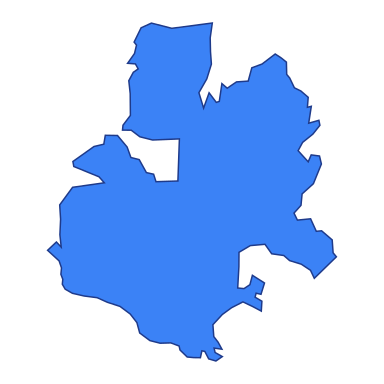 Kasan, Kashkadarya, Uzbekistan (Albers equal-area conic projection)
{"feature_id": "79887680B27619716135754", "entity_name": "Kasan", "entity_type": "district", "adm_level": 2, "iso_a3": "UZB", "parent_name": "Uzbekistan", "parent_adm1": "Kashkadarya", "projection": "albers", "projection_center": [65.779, 39.126], "detail": "fine", "context": "isolated", "style": "filled", "palette": "blue", "viewbox_px": 384, "rotation_deg": 0, "n_neighbors": 0, "source": "geoboundaries", "source_scale": "gbopen_adm2", "svg_char_len": 1831}
<svg xmlns="http://www.w3.org/2000/svg" viewBox="0 0 384 384"><path d="M107.4,302.3L120.0,306.4L130.2,314.0L136.9,322.6L139.7,333.0L149.9,340.6L160.1,343.2L170.8,342.9L179.1,346.0L180.0,350.0L187.2,357.0L193.6,357.6L200.4,357.7L201.9,350.8L204.8,351.4L208.7,358.9L215.9,361.0L222.3,356.6L215.1,352.5L214.1,348.1L221.9,349.2L218.1,342.2L213.8,336.6L212.9,324.7L222.3,314.5L231.6,307.7L242.9,301.9L252.6,306.5L261.3,311.1L261.9,301.2L255.1,297.2L256.1,293.2L261.0,294.3L264.5,283.0L252.4,275.3L249.9,284.7L244.0,288.6L237.7,288.0L238.9,266.7L239.0,252.3L250.3,245.6L265.0,244.3L271.7,253.8L283.8,255.5L289.6,260.6L301.3,264.2L310.5,270.3L314.3,278.3L336.4,256.8L333.1,252.8L332.2,239.9L321.6,230.8L316.3,231.3L310.6,218.8L297.4,220.1L294.0,213.1L301.0,205.3L302.1,193.9L313.4,183.7L321.4,164.0L319.5,156.0L311.2,154.9L308.2,161.8L298.1,150.7L302.6,142.4L312.9,134.1L319.9,125.3L318.9,120.3L308.7,123.2L311.3,106.3L307.4,107.3L308.2,97.3L300.9,91.0L294.4,87.8L289.7,78.0L286.7,74.4L286.4,62.1L281.3,58.0L275.2,54.0L262.1,64.0L251.8,67.8L248.2,81.1L236.5,81.9L227.2,88.2L221.9,83.6L219.3,101.4L216.3,102.4L209.1,92.8L203.6,108.1L198.9,92.7L206.8,78.9L211.4,64.1L210.5,51.7L210.2,37.9L212.3,23.0L171.8,28.3L151.4,23.1L141.1,27.8L134.1,42.1L136.5,45.1L134.5,53.5L127.6,63.3L135.4,63.9L138.2,68.9L133.3,72.3L128.8,80.7L130.2,93.6L130.4,115.4L123.0,125.2L122.5,130.1L131.2,130.2L139.9,136.8L152.6,140.0L179.4,138.9L177.9,181.0L156.0,181.7L153.6,174.2L146.4,172.6L139.2,159.6L130.9,157.5L127.1,147.0L117.5,135.5L105.3,135.3L103.8,144.2L94.0,146.5L72.9,161.5L73.8,166.5L99.0,176.8L104.3,182.8L72.6,187.3L59.7,204.9L60.6,219.3L59.9,234.7L61.2,247.1L56.4,242.0L47.6,250.3L59.1,260.9L61.5,267.9L60.9,274.3L62.8,279.3L62.3,284.2L65.2,289.2L72.4,293.3L84.1,296.0L97.2,297.7L107.4,302.3Z" fill="#3b82f6" stroke="#1e3a8a" stroke-width="1.5"/></svg>